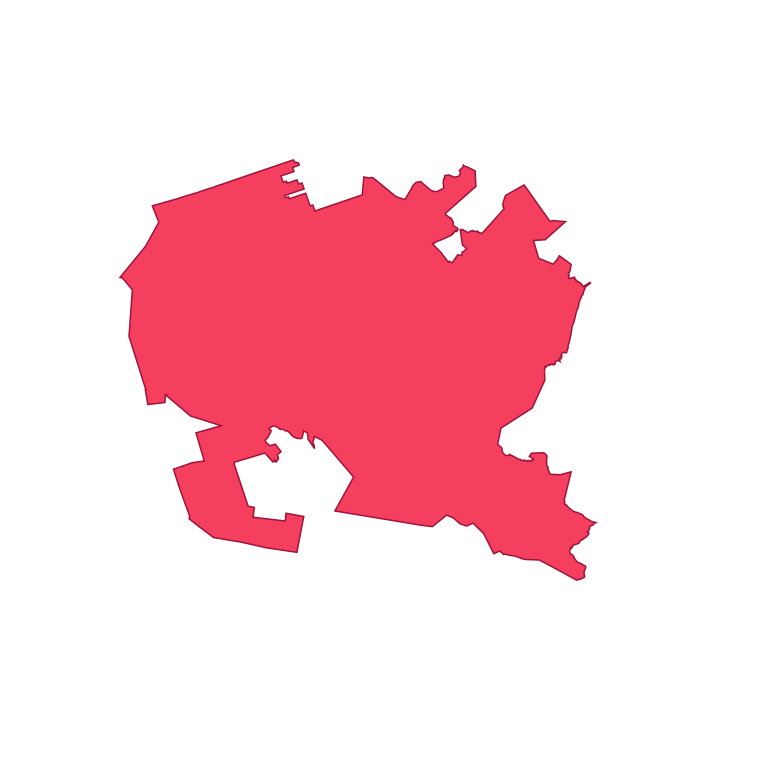 Poanas, Durango, Mexico, rotated 154°
{"feature_id": "50627088B41464185473090", "entity_name": "Poanas", "entity_type": "district", "adm_level": 2, "iso_a3": "MEX", "parent_name": "Mexico", "parent_adm1": "Durango", "projection": "robinson", "projection_center": [-104.124, 24.035], "detail": "fine", "context": "isolated", "style": "filled", "palette": "rose", "viewbox_px": 768, "rotation_deg": 154, "n_neighbors": 0, "source": "geoboundaries", "source_scale": "gbopen_adm2", "svg_char_len": 6135}
<svg xmlns="http://www.w3.org/2000/svg" viewBox="0 0 768 768"><g transform="rotate(154 384 384)"><path d="M574.6,595.5L572.5,593.6L568.9,578.9L592.3,538.6L600.2,485.6L600.1,483.6L600.9,483.8L605.3,469.1L589.0,463.4L585.2,470.1L583.9,469.2L584.4,468.4L571.9,440.0L548.7,417.9L574.4,422.5L579.3,393.6L590.7,397.3L610.6,399.7L613.7,377.7L616.6,350.0L618.3,348.4L613.9,339.2L604.5,320.7L581.9,304.6L561.6,288.4L536.1,270.9L514.2,300.1L528.7,310.8L532.8,304.1L560.1,321.7L554.6,329.9L559.7,333.8L553.7,378.0L552.9,379.3L521.2,374.1L518.0,362.5L516.3,362.5L515.7,363.7L515.2,361.1L512.2,362.7L511.5,363.3L511.0,365.4L511.3,366.4L510.6,367.2L506.2,368.3L508.1,377.6L513.7,378.6L515.8,383.8L515.4,385.5L510.9,387.5L508.5,389.4L507.2,390.1L505.9,391.4L505.9,392.1L506.8,393.1L506.7,393.4L507.0,394.1L506.5,394.6L501.9,394.9L499.1,392.4L497.1,388.6L494.5,387.5L492.9,384.8L492.0,384.6L490.6,382.7L489.3,377.9L488.0,375.4L485.7,373.0L482.4,371.2L480.8,371.9L476.9,377.1L474.3,373.8L475.5,369.7L476.5,367.6L474.7,356.3L473.5,360.5L474.0,362.5L471.1,365.2L469.5,367.4L464.2,360.3L452.1,313.7L483.8,291.4L413.3,241.3L403.1,234.6L385.2,238.7L380.4,233.2L379.1,230.4L377.2,225.3L372.3,220.3L371.7,220.1L365.0,219.9L360.0,206.0L359.7,183.3L354.2,183.2L353.0,182.8L352.3,181.1L351.7,180.6L351.5,178.6L349.0,177.6L347.4,175.8L346.4,175.3L345.1,174.1L344.6,174.0L344.0,173.5L341.7,171.9L339.4,169.7L336.9,166.7L335.7,165.8L333.5,164.1L321.7,157.8L316.4,150.7L296.8,123.2L294.3,123.0L293.2,122.3L291.4,122.6L288.9,122.3L288.1,122.8L286.9,127.0L284.3,129.7L283.3,130.2L282.9,131.0L282.8,131.9L282.9,132.2L284.4,134.2L284.7,134.9L285.2,135.4L285.6,136.2L288.6,139.5L288.6,140.5L289.2,143.2L289.1,145.0L289.3,147.2L289.6,148.0L290.1,148.6L290.1,148.9L290.8,149.4L290.9,150.1L290.8,151.8L289.5,153.3L289.1,154.0L288.6,154.4L288.6,154.7L288.3,154.9L287.8,154.7L287.5,154.2L286.9,154.7L286.6,154.6L286.1,155.6L285.7,155.8L284.8,155.7L283.8,156.3L283.4,156.3L282.4,155.8L278.9,155.4L278.1,155.7L277.0,156.7L273.9,157.3L272.4,157.1L272.0,157.6L269.3,157.8L266.8,158.8L265.5,159.8L265.2,160.3L265.2,160.9L265.9,161.8L265.7,161.8L264.7,162.6L264.2,162.6L264.0,162.9L263.3,163.1L262.4,164.3L262.0,165.5L260.0,165.8L258.1,165.7L257.8,166.0L257.3,165.8L256.1,166.6L254.3,166.6L257.7,169.4L258.9,171.4L261.0,174.2L262.3,176.8L262.6,178.4L263.0,179.4L263.4,180.0L266.7,183.9L269.2,186.0L270.4,188.0L272.2,191.9L272.9,193.9L272.8,194.6L273.2,195.4L274.0,196.1L274.5,197.2L274.5,197.5L273.9,197.9L273.5,197.9L273.3,198.2L273.1,199.6L272.7,200.7L272.8,200.8L254.3,223.0L265.6,225.3L274.2,230.0L273.9,236.3L273.1,236.6L273.4,239.6L270.5,245.9L269.8,246.2L269.5,246.7L269.1,248.6L269.2,249.7L270.5,250.8L270.4,252.1L281.9,257.2L285.2,255.1L281.9,250.4L283.1,251.0L284.2,250.1L284.7,251.0L287.2,250.5L287.8,252.3L289.2,251.8L291.3,254.2L292.8,254.0L293.6,254.6L294.0,256.0L295.7,257.1L302.1,265.9L302.9,264.9L306.4,266.8L307.4,270.6L306.2,274.9L308.2,280.1L298.2,293.1L261.4,297.4L237.8,316.9L233.6,326.4L232.9,326.8L232.0,328.5L231.8,329.1L231.5,329.2L231.2,328.2L230.7,328.2L229.9,328.9L229.4,328.8L229.2,329.1L228.1,328.8L227.7,328.4L226.9,328.5L226.7,328.9L226.3,328.8L226.4,328.4L226.1,328.1L224.9,328.4L223.9,328.1L223.6,328.2L223.4,328.0L224.0,327.6L223.8,327.4L223.7,327.5L223.3,327.5L223.1,327.0L223.2,326.8L222.9,326.7L222.7,327.0L221.8,327.2L221.2,327.0L220.8,328.5L220.0,329.0L219.5,328.9L218.2,329.0L217.3,328.8L216.5,328.1L216.4,327.7L216.0,327.1L216.0,327.5L215.7,327.9L215.5,328.8L215.5,329.7L214.7,330.0L213.8,329.1L213.4,330.3L213.0,330.3L212.8,330.2L212.3,330.8L212.1,330.7L211.8,331.1L211.9,331.6L212.4,331.8L212.4,332.1L211.8,333.2L211.3,333.2L209.4,333.8L209.0,333.6L208.8,333.8L207.5,332.9L207.2,332.4L205.9,332.2L205.3,333.4L202.9,335.5L201.4,338.2L200.2,339.2L194.3,346.5L189.9,352.9L188.1,354.9L185.8,356.7L178.3,365.9L176.5,367.1L174.9,368.9L173.0,371.7L167.9,376.3L165.3,377.7L164.7,378.9L160.3,383.0L154.2,384.2L154.4,385.1L162.1,384.1L163.2,388.8L164.5,390.2L164.6,390.5L164.5,390.9L165.1,391.5L165.4,392.1L165.8,392.2L165.7,393.1L166.1,393.3L166.2,394.4L166.6,394.5L166.3,395.1L166.4,395.7L165.8,396.3L166.0,396.5L167.6,396.7L167.9,396.6L169.1,397.2L170.9,397.4L171.5,397.9L171.6,398.2L170.0,400.8L169.7,401.6L169.9,402.7L168.1,403.3L167.7,403.6L164.4,408.0L164.2,408.5L163.3,409.4L170.2,422.4L170.8,421.8L174.7,419.5L179.5,417.6L189.9,429.3L186.7,447.5L175.9,443.0L149.7,450.4L161.3,457.2L161.9,456.8L163.6,457.7L170.8,501.5L192.1,500.2L197.6,494.7L199.0,491.8L199.3,490.6L199.0,489.0L230.0,476.3L230.9,477.4L231.8,478.1L232.1,478.0L232.4,479.0L232.7,479.0L232.7,479.8L233.1,480.4L233.7,480.2L234.2,480.8L236.9,482.3L237.0,482.9L237.5,482.6L237.6,482.9L238.7,483.5L242.0,483.2L245.9,488.5L246.5,488.5L246.5,488.8L247.9,489.1L252.6,474.5L250.2,469.5L254.3,468.2L255.9,468.3L257.5,465.6L261.3,467.7L269.2,463.3L270.0,463.1L271.5,465.8L272.8,465.4L275.2,477.5L278.8,488.1L278.4,488.0L278.5,488.9L276.7,489.0L276.9,488.6L276.5,488.5L276.3,489.0L275.3,489.0L269.6,488.5L259.1,488.1L256.8,488.5L255.6,489.0L256.0,489.2L252.5,490.5L252.5,489.4L251.5,489.3L251.1,489.9L249.7,490.5L249.5,491.0L250.0,492.6L252.4,495.7L250.8,499.3L251.0,503.8L251.9,504.5L253.3,507.2L254.4,508.9L254.2,509.9L253.8,510.5L214.8,521.3L208.7,535.6L214.5,543.2L215.8,543.9L216.7,546.0L218.1,544.2L221.9,543.2L222.6,542.8L222.8,540.0L225.5,537.9L230.4,539.1L231.0,540.2L234.3,543.6L238.0,544.7L238.9,542.8L240.1,542.6L242.5,539.1L244.3,533.9L252.0,533.7L254.8,535.2L254.9,535.5L256.2,536.6L257.1,537.9L261.9,548.6L262.0,549.6L265.9,551.0L266.8,551.1L271.0,549.7L273.9,547.4L284.5,540.6L287.7,543.8L288.5,544.4L291.1,547.3L303.1,573.4L304.3,575.0L306.9,575.6L311.3,578.9L320.7,563.5L370.2,569.8L369.5,576.1L372.3,576.5L370.8,589.8L387.9,592.0L387.7,594.2L391.2,594.6L390.8,596.9L370.3,594.3L369.6,600.7L373.1,601.0L372.7,605.6L383.0,606.9L382.8,609.1L386.2,609.5L385.5,616.2L371.8,614.4L371.2,618.7L364.4,617.9L364.2,618.0L364.0,620.4L367.2,622.8L367.0,625.0L368.1,625.3L431.6,633.3L442.6,634.6L447.7,635.4L451.9,635.6L454.4,636.2L468.5,638.0L480.4,640.0L488.4,641.1L514.1,645.7L515.5,628.1L538.0,612.3L574.6,595.5Z" fill="#f43f5e" stroke="#9f1239" stroke-width="1.5"/></g></svg>